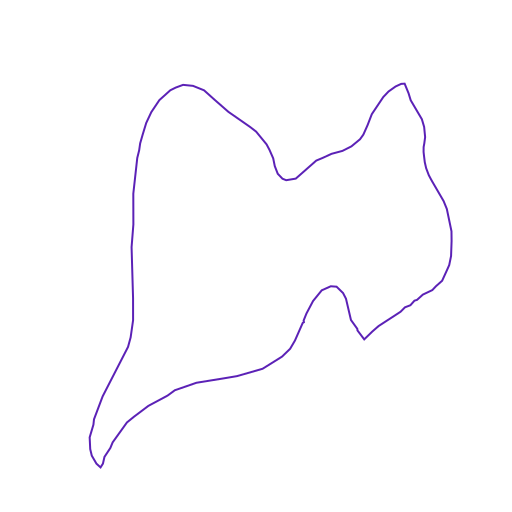 the district of Chiché, Quiché, Guatemala, rotated 350°
{"feature_id": "79465075B58448783087993", "entity_name": "Chiché", "entity_type": "district", "adm_level": 2, "iso_a3": "GTM", "parent_name": "Guatemala", "parent_adm1": "Quiché", "projection": "equal_earth", "projection_center": [-91.034, 15.008], "detail": "fine", "context": "isolated", "style": "outline", "palette": "violet", "viewbox_px": 512, "rotation_deg": 350, "n_neighbors": 0, "source": "geoboundaries", "source_scale": "gbopen_adm2", "svg_char_len": 1538}
<svg xmlns="http://www.w3.org/2000/svg" viewBox="0 0 512 512"><g transform="rotate(350 256 256)"><path d="M432.3,112.1L428.9,111.7L422.9,113.3L415.1,117.0L409.0,121.5L394.7,136.4L388.6,146.5L382.8,155.1L378.7,159.1L369.0,164.6L359.4,167.5L348.1,168.5L338.6,171.0L331.9,172.5L308.6,186.7L298.9,186.6L295.5,184.5L291.7,178.8L290.1,170.7L289.9,162.8L287.7,153.8L285.8,147.9L277.7,133.5L272.4,127.7L253.8,109.2L242.3,94.9L233.6,83.8L223.5,77.5L213.9,74.8L206.2,76.2L200.4,77.9L187.9,85.7L177.9,96.1L171.0,105.9L165.5,116.7L161.5,124.9L159.3,131.6L156.1,138.8L146.0,173.3L140.7,203.7L135.0,225.7L127.6,276.2L123.8,297.9L118.4,314.4L114.2,323.3L80.6,367.6L68.1,388.7L66.6,393.9L60.7,405.7L59.2,417.4L59.6,424.1L62.8,432.8L66.2,437.2L69.2,433.9L71.9,427.5L79.2,419.8L82.5,414.6L100.0,397.5L107.9,393.1L124.0,384.9L144.7,378.1L152.8,374.1L175.3,370.5L203.2,370.9L216.4,371.0L242.9,368.2L264.2,359.6L273.5,353.3L279.7,346.0L290.4,330.0L291.7,329.5L291.7,327.8L295.7,321.4L304.4,310.2L314.8,301.2L324.4,298.8L330.0,300.2L335.3,307.6L337.2,313.7L338.4,335.5L343.1,345.3L343.0,346.9L348.1,356.9L357.4,350.6L364.5,346.3L388.7,336.0L393.8,332.4L399.5,331.3L404.3,327.5L406.9,327.2L413.6,323.0L423.7,320.2L428.0,317.0L435.0,312.7L441.4,303.4L444.7,298.5L448.1,289.9L451.2,275.3L452.8,265.6L452.1,242.8L450.3,234.5L442.5,213.3L441.6,210.7L440.2,206.4L438.8,199.0L438.5,192.9L438.9,185.6L439.1,182.6L440.0,177.8L441.3,174.3L443.2,168.3L444.0,158.1L443.1,150.1L435.4,129.5L434.5,122.2L432.3,112.1Z" fill="none" stroke="#5b21b6" stroke-width="2"/></g></svg>